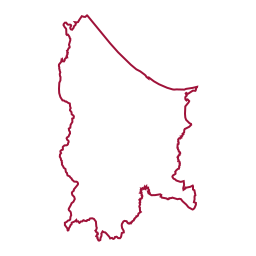 Thepha, Songkhla, Thailand (Equal Earth projection)
{"feature_id": "78962969B41607332504146", "entity_name": "Thepha", "entity_type": "district", "adm_level": 2, "iso_a3": "THA", "parent_name": "Thailand", "parent_adm1": "Songkhla", "projection": "equal_earth", "projection_center": [100.93, 6.797], "detail": "fine", "context": "isolated", "style": "outline", "palette": "rose", "viewbox_px": 256, "rotation_deg": 0, "n_neighbors": 0, "source": "geoboundaries", "source_scale": "gbopen_adm2", "svg_char_len": 5781}
<svg xmlns="http://www.w3.org/2000/svg" viewBox="0 0 256 256"><path d="M61.0,160.0L61.8,160.8L61.7,162.1L62.1,162.9L61.9,164.0L62.1,164.8L63.2,166.4L63.7,167.7L65.5,169.1L65.7,171.2L66.1,172.3L66.9,172.9L67.5,175.4L69.7,176.4L70.2,177.3L71.7,178.6L71.9,179.5L74.2,181.6L76.6,181.7L77.5,182.3L78.0,183.4L78.0,184.1L77.6,184.9L73.9,189.4L73.8,190.7L72.4,191.8L71.9,192.7L71.9,193.3L72.3,194.9L74.2,196.9L74.8,199.0L73.4,201.8L71.6,203.2L70.8,205.1L68.8,208.7L68.7,209.6L69.0,210.3L70.4,211.6L70.8,212.5L71.2,215.3L70.5,216.7L70.2,219.5L69.5,220.2L68.1,220.5L66.5,222.0L64.9,222.7L64.9,225.1L67.2,228.2L67.5,229.0L67.6,230.3L67.8,230.5L68.4,230.3L69.0,228.1L70.0,226.6L70.5,225.1L71.5,224.4L71.7,222.7L74.8,221.4L76.3,220.0L76.7,221.5L78.2,221.3L79.1,222.7L79.5,222.9L80.8,221.5L82.3,221.4L83.1,220.4L83.7,220.2L84.3,220.7L86.3,221.1L87.0,220.7L87.3,220.0L89.2,219.9L89.6,218.9L90.0,218.5L92.2,218.3L93.9,218.9L95.9,221.6L96.3,226.5L96.8,227.9L96.1,230.1L95.4,230.6L96.2,232.0L97.3,232.5L97.3,233.1L97.7,233.1L97.9,233.5L97.8,234.5L96.9,235.0L96.2,236.3L97.6,237.3L97.4,238.5L97.9,239.0L98.1,239.8L98.6,240.5L99.2,240.6L100.3,240.0L100.5,238.0L101.4,236.1L101.6,234.5L101.3,233.8L102.6,231.4L103.8,232.2L105.2,232.4L106.0,233.1L109.4,236.9L110.1,238.4L112.0,237.9L113.2,238.9L113.6,238.9L114.7,238.0L114.9,237.1L116.5,236.7L117.2,237.1L118.1,238.1L120.0,238.2L120.8,237.3L121.2,236.3L121.8,233.0L123.8,232.4L123.7,230.9L122.1,228.0L121.7,225.6L121.9,224.0L123.4,221.5L124.4,220.9L126.6,221.2L127.4,222.6L127.9,222.8L128.0,223.2L128.4,223.5L129.7,223.6L130.2,222.8L131.0,223.2L131.4,222.2L131.8,222.2L132.3,221.2L133.8,220.4L134.0,219.3L134.5,219.1L134.7,218.4L136.1,217.1L136.4,216.3L136.8,216.5L137.9,215.7L138.4,214.2L138.4,213.6L140.8,211.9L140.0,211.0L140.0,209.9L139.8,208.7L140.0,207.9L139.4,207.0L139.3,206.3L140.1,204.4L139.5,203.0L140.2,202.5L140.0,201.8L140.3,200.8L140.2,200.5L139.6,200.4L139.4,199.7L140.0,199.4L140.3,198.7L141.4,198.7L142.1,197.8L142.0,196.9L142.4,196.1L142.1,195.3L141.8,195.5L141.5,195.2L141.7,194.5L141.5,193.4L140.5,193.0L141.5,192.4L141.4,192.2L140.9,192.4L140.5,191.9L140.8,191.1L140.7,189.7L141.0,189.4L141.3,190.1L141.6,190.0L141.6,189.4L141.3,188.7L142.1,188.9L142.5,188.2L143.6,188.9L144.5,187.1L145.0,188.8L145.5,189.1L145.8,186.8L146.2,186.4L146.2,188.1L146.6,188.1L147.0,187.5L148.1,187.6L148.1,188.7L149.1,190.1L149.1,190.6L148.6,190.7L147.9,191.5L148.3,192.7L148.6,192.5L148.4,191.6L149.1,191.7L149.7,192.9L149.1,193.2L149.2,193.8L151.5,195.2L155.2,195.1L160.2,194.3L161.3,195.0L160.6,196.6L161.4,196.9L161.8,197.6L166.3,198.4L167.4,198.9L167.5,199.2L168.1,199.3L169.3,198.7L169.3,198.2L171.7,198.0L172.3,197.6L177.5,199.2L179.3,198.8L180.9,199.1L182.6,201.3L186.2,204.5L188.5,207.3L192.5,209.5L193.4,209.2L194.6,207.8L195.9,204.7L195.9,202.9L193.9,202.2L194.6,199.2L194.5,197.0L194.7,195.9L195.4,195.3L194.4,190.3L193.0,189.5L193.0,186.2L192.7,185.6L190.3,186.8L186.6,187.6L185.6,187.5L185.4,188.5L183.5,189.8L183.2,188.2L184.1,184.9L183.7,181.1L181.2,181.8L180.2,181.8L176.3,180.5L175.2,179.4L173.6,178.7L172.6,177.3L172.4,176.5L172.9,175.5L175.4,173.9L175.6,173.1L175.2,171.8L176.3,170.3L177.9,168.9L178.9,168.7L179.0,167.9L179.3,167.3L179.1,166.2L179.8,165.2L179.6,164.5L179.9,164.0L179.9,163.1L179.4,162.9L179.5,161.6L178.6,160.7L178.3,160.8L178.5,159.7L177.9,158.9L178.0,157.7L177.5,157.2L177.8,156.6L178.3,156.5L178.6,155.4L179.6,154.9L179.4,154.2L180.2,153.6L180.1,152.5L179.5,151.8L178.8,151.6L178.6,150.1L178.0,149.5L177.8,147.8L177.4,147.7L177.7,144.2L178.5,144.0L178.7,142.7L178.4,142.3L178.4,141.6L178.2,141.5L178.4,141.0L178.1,139.8L178.6,138.8L178.9,138.6L178.9,138.9L179.1,138.4L180.3,138.5L181.0,137.5L181.4,137.5L181.4,136.6L181.1,136.3L182.2,136.0L182.2,135.5L182.7,135.0L182.6,134.0L183.4,134.0L183.3,133.1L184.1,132.4L184.3,129.9L184.8,129.0L189.2,126.8L191.2,124.8L191.0,123.9L189.5,123.2L186.1,119.8L185.3,117.5L185.0,113.8L185.3,106.4L188.6,102.4L189.2,101.1L187.6,99.4L187.2,99.4L186.4,100.4L185.5,99.5L185.3,98.5L185.3,97.2L185.8,96.4L186.6,95.8L186.8,95.3L186.6,94.7L186.2,94.4L185.7,93.4L186.3,92.9L187.4,93.7L188.0,93.8L192.9,90.6L195.4,90.8L195.9,89.8L196.1,88.0L197.0,87.3L197.1,86.8L192.6,87.9L186.0,88.9L184.4,89.6L176.5,89.4L174.1,89.6L172.6,89.4L167.2,87.8L159.1,84.3L153.9,81.3L148.7,77.4L148.2,77.4L148.3,78.4L146.5,77.0L145.6,75.5L144.6,74.6L140.3,71.4L136.3,69.3L130.8,64.7L118.1,52.3L110.1,43.3L87.2,15.4L86.9,15.4L85.3,16.9L84.2,16.9L81.8,16.2L79.2,20.0L78.1,22.0L76.9,22.4L75.0,22.2L75.9,23.4L75.4,25.1L74.1,26.1L73.6,27.8L72.1,29.7L70.8,29.3L70.3,28.3L70.3,27.4L71.2,25.8L70.9,25.0L70.1,24.6L68.1,24.7L67.4,24.3L66.2,22.7L64.9,22.7L63.7,24.1L63.5,25.1L64.8,27.3L65.9,28.5L66.2,29.2L66.4,34.4L67.0,35.0L67.9,34.6L68.5,35.3L69.4,36.7L69.9,38.4L70.3,38.7L70.3,40.3L69.0,44.7L69.2,45.7L69.6,46.3L69.6,47.5L68.5,48.4L67.8,50.1L67.0,50.8L67.9,52.6L67.8,52.9L67.2,53.1L67.5,54.4L66.8,55.3L67.2,57.3L66.8,57.3L66.8,56.4L66.6,56.3L65.9,58.2L65.3,58.5L64.5,59.6L64.7,60.2L64.0,61.4L62.8,61.3L62.2,60.7L62.1,59.8L61.7,60.4L61.5,60.1L61.2,61.8L59.0,64.5L58.9,66.0L59.3,67.3L59.2,68.8L59.6,69.6L59.6,70.3L60.3,72.3L59.8,73.8L59.8,74.6L60.1,76.3L60.5,76.9L60.5,77.4L60.4,80.4L59.3,82.8L59.0,88.7L59.2,93.1L60.4,97.1L62.5,100.4L63.9,100.5L65.4,101.6L66.2,101.5L68.2,102.9L69.8,103.5L70.1,106.5L70.7,108.1L70.1,109.2L70.0,110.3L71.5,112.2L71.7,114.3L73.5,115.6L73.9,116.7L73.5,118.2L72.2,118.6L72.4,121.9L70.6,124.8L70.3,127.7L68.8,128.6L69.1,130.6L69.9,131.7L70.0,133.6L69.4,134.4L68.5,136.6L67.3,137.2L66.6,138.2L67.2,139.8L68.3,140.6L68.6,141.3L68.6,142.1L68.0,143.4L67.9,144.3L67.2,145.0L66.6,145.3L64.5,145.4L63.1,146.6L62.8,147.0L62.8,147.8L62.9,149.3L62.6,149.8L61.5,150.0L60.4,151.1L60.4,151.9L61.1,153.1L60.0,154.5L59.8,156.8L60.8,158.4L61.0,160.0Z" fill="none" stroke="#9f1239" stroke-width="2"/></svg>